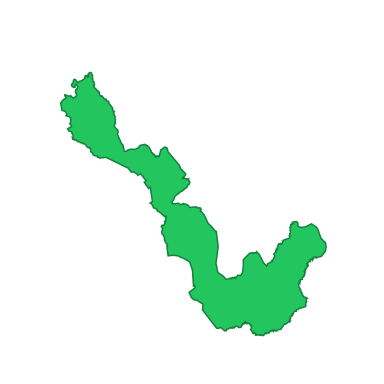 Tatale Sanguli, Northern, Ghana, rotated 139°
{"feature_id": "2480657B76540044095481", "entity_name": "Tatale Sanguli", "entity_type": "district", "adm_level": 2, "iso_a3": "GHA", "parent_name": "Ghana", "parent_adm1": "Northern", "projection": "robinson", "projection_center": [0.423, 9.141], "detail": "fine", "context": "isolated", "style": "filled", "palette": "green", "viewbox_px": 384, "rotation_deg": 139, "n_neighbors": 0, "source": "geoboundaries", "source_scale": "gbopen_adm2", "svg_char_len": 5969}
<svg xmlns="http://www.w3.org/2000/svg" viewBox="0 0 384 384"><g transform="rotate(139 192 192)"><path d="M130.4,59.8L126.9,62.4L124.6,66.0L125.0,72.4L121.4,81.6L121.2,83.8L122.7,89.6L129.2,91.2L133.0,93.8L134.1,95.4L134.2,97.1L132.6,98.9L132.3,100.2L132.7,101.2L135.9,103.3L136.8,102.9L136.5,101.8L137.1,102.3L137.7,101.7L138.8,102.7L140.9,100.6L141.5,100.9L141.9,99.7L143.3,98.7L143.6,97.4L144.9,96.3L145.5,96.5L146.7,95.0L147.2,95.2L148.4,93.2L154.3,95.6L155.5,94.9L155.9,95.4L156.0,94.8L158.1,93.9L158.7,94.9L159.5,94.3L160.1,95.9L161.8,95.7L163.3,94.1L164.0,94.2L164.5,93.3L165.5,93.5L165.3,93.0L166.1,93.1L166.5,92.4L167.2,92.7L167.3,92.0L170.6,91.6L171.1,91.3L171.3,89.4L175.4,87.7L176.8,87.9L176.9,87.0L181.8,88.2L184.3,87.2L184.4,91.8L182.2,100.6L182.5,104.5L183.2,103.8L185.0,105.4L185.5,105.1L186.4,106.2L186.4,106.9L187.6,107.1L188.7,108.0L197.8,107.2L201.9,102.3L206.7,98.1L210.0,96.9L211.9,99.1L214.4,98.6L215.3,99.2L215.7,98.6L215.9,99.6L216.7,99.7L217.2,100.7L218.2,101.1L219.0,100.5L219.7,102.0L222.4,102.7L223.4,103.7L223.8,108.8L225.2,113.8L223.9,117.5L222.8,118.4L220.8,122.4L208.0,133.7L199.6,146.2L200.2,148.1L199.9,152.2L200.4,157.6L197.9,166.6L197.7,170.0L198.2,172.4L196.6,172.6L196.1,174.2L196.4,174.9L197.6,175.5L198.7,178.2L203.7,181.7L203.8,185.3L205.1,187.6L206.2,188.2L206.1,189.0L208.0,189.4L209.2,190.6L209.6,192.5L212.4,194.0L214.4,196.0L214.3,196.6L213.0,198.0L211.5,197.9L207.6,200.0L199.9,199.6L198.4,199.0L196.4,199.5L196.1,199.0L194.6,199.3L193.3,198.7L190.6,199.9L188.7,199.7L187.1,200.9L186.7,203.4L185.9,204.2L187.2,204.5L187.2,205.4L189.6,207.8L188.4,208.3L189.3,208.7L185.6,209.1L184.8,210.0L185.3,216.9L184.1,220.0L183.7,238.1L182.1,241.1L182.3,242.9L183.4,243.9L188.1,244.2L193.3,240.3L193.8,240.5L193.9,241.4L195.0,242.2L195.8,242.0L195.6,242.6L196.3,242.9L195.9,243.3L196.3,244.6L195.7,245.1L196.6,246.5L196.2,247.6L196.7,248.5L195.8,250.1L195.1,254.1L195.7,255.6L195.2,255.8L195.5,257.2L196.1,257.4L196.4,259.0L200.7,261.2L203.6,260.6L207.1,261.5L209.7,264.2L212.6,265.7L215.1,265.8L216.3,267.3L213.3,272.8L213.4,275.0L210.4,284.5L208.2,285.9L207.4,287.5L207.7,292.3L205.6,294.1L204.6,294.0L203.6,296.0L202.3,296.6L202.0,298.1L200.5,299.3L200.6,300.4L199.7,301.7L199.9,302.6L197.8,303.8L198.3,305.3L197.7,306.8L196.9,307.2L196.5,313.1L195.5,315.1L196.6,317.1L196.5,318.0L195.9,318.3L197.2,320.0L196.8,323.2L197.7,323.7L197.4,324.2L198.1,324.8L197.5,327.0L196.4,327.9L197.1,329.3L196.5,330.0L197.2,331.3L196.8,332.4L197.4,335.3L196.6,335.6L196.6,336.5L195.2,336.8L195.3,337.8L193.7,339.1L194.3,340.4L192.6,342.5L192.9,343.0L190.8,344.8L189.8,348.3L190.8,349.3L192.6,349.3L193.4,348.8L193.7,347.3L195.4,347.1L195.6,347.7L194.6,348.4L196.1,349.7L197.3,349.3L198.1,348.1L202.1,348.3L204.4,349.4L205.4,349.2L206.5,349.9L206.2,353.4L207.1,354.3L208.3,354.0L210.4,352.1L212.0,352.4L212.7,351.8L213.3,350.2L212.5,348.4L211.6,347.8L209.2,349.5L208.7,348.9L208.9,347.0L209.8,345.7L212.8,345.2L214.0,344.4L214.8,343.2L214.9,341.6L215.9,340.4L220.2,340.5L220.4,344.4L222.0,344.9L224.1,348.8L224.8,348.2L224.9,346.2L225.6,345.5L228.6,346.1L232.7,345.3L236.6,338.9L234.7,336.1L235.3,332.9L237.1,332.2L235.4,329.7L235.0,327.3L237.9,324.1L239.4,324.0L239.5,321.4L240.0,320.4L244.3,321.4L245.0,318.9L243.3,316.5L244.3,314.7L244.5,312.8L246.2,311.1L246.6,311.7L247.4,310.0L246.7,309.5L246.5,308.0L245.4,307.6L245.3,305.0L244.5,304.7L243.7,302.1L242.5,301.1L242.6,299.7L241.4,299.2L241.5,294.0L240.0,292.3L240.5,291.9L240.2,291.1L242.1,288.7L241.5,287.1L242.3,284.4L240.2,281.3L240.4,280.2L239.4,278.2L234.2,274.6L224.6,252.0L224.8,246.8L222.7,245.1L221.8,242.2L221.9,240.1L218.9,239.5L219.2,230.7L221.7,230.6L222.4,223.1L220.4,222.9L228.0,210.9L230.9,211.1L230.4,210.1L230.6,207.4L231.5,205.4L229.9,202.5L230.7,200.0L230.1,199.4L229.2,196.2L229.2,194.2L228.7,193.8L229.0,192.2L227.4,190.6L228.3,189.7L229.0,190.0L229.3,188.7L230.8,187.7L231.6,187.9L231.7,187.3L232.1,187.7L233.0,186.3L234.9,185.3L235.7,186.1L236.8,185.9L236.8,186.5L237.7,186.3L238.4,183.4L241.2,181.7L242.2,179.6L242.0,177.9L243.0,175.0L243.8,174.6L245.2,171.0L245.1,168.6L246.3,167.8L246.4,166.8L247.2,166.6L251.9,159.5L247.5,156.4L244.0,152.4L243.4,149.8L242.5,148.9L239.6,141.1L242.8,132.9L252.5,120.1L251.3,119.8L252.2,117.8L260.1,118.1L261.7,112.9L261.4,109.7L259.3,106.9L257.3,100.1L261.4,96.2L262.8,73.2L261.2,71.6L259.2,71.0L258.4,65.7L257.6,65.1L256.9,64.9L255.8,65.8L255.0,65.0L251.7,64.3L251.9,63.9L250.8,62.6L249.7,63.1L249.0,62.7L249.2,61.8L247.3,62.1L246.2,61.6L245.7,60.8L245.9,59.4L244.2,57.9L243.2,57.9L242.1,58.8L241.2,58.5L239.9,59.5L239.6,58.6L238.7,58.8L238.8,58.2L238.0,57.8L237.5,59.1L236.7,58.9L237.0,58.3L236.0,56.6L236.6,56.3L234.8,55.2L235.4,53.9L234.6,52.4L235.6,52.0L235.8,50.6L238.1,49.7L237.9,48.4L238.8,45.4L238.3,44.8L237.5,45.1L237.8,44.6L236.8,43.3L237.9,42.5L237.7,41.9L235.5,40.8L235.4,39.9L234.0,39.3L234.2,38.8L233.5,38.7L232.2,36.7L229.3,37.4L228.8,36.4L228.3,37.0L227.1,35.7L226.4,35.7L226.4,35.1L223.7,35.5L222.9,34.5L222.1,35.2L221.3,33.8L221.6,33.3L220.1,33.6L220.1,32.4L219.4,31.7L217.4,31.5L215.1,30.1L208.8,31.7L208.0,30.8L203.9,30.7L203.9,30.0L203.2,29.7L202.4,31.2L201.8,30.8L201.5,32.1L200.3,32.1L200.0,33.4L197.7,32.9L197.1,33.8L196.6,33.2L196.0,34.1L195.6,33.7L194.9,34.3L192.8,34.6L191.5,33.6L190.7,34.5L189.3,33.8L187.7,33.9L182.9,31.5L181.0,31.2L179.2,33.5L177.4,33.9L177.4,35.1L176.1,36.0L174.7,36.1L175.2,37.9L176.5,39.1L176.0,42.5L175.4,43.2L174.9,46.0L174.3,46.4L174.4,47.6L173.6,48.5L173.7,49.6L172.3,52.4L171.2,52.8L170.8,52.1L169.9,54.0L169.4,53.3L168.1,54.7L166.1,53.7L165.4,54.9L162.5,54.9L162.2,55.6L160.7,55.9L160.7,56.5L159.2,57.2L159.6,57.6L159.3,58.5L157.8,58.3L157.2,59.5L156.6,59.1L154.4,59.8L153.5,60.8L153.1,60.2L152.5,62.0L152.2,61.1L151.4,62.4L148.8,62.7L148.3,62.0L147.9,63.4L147.0,63.4L146.5,62.6L145.2,63.0L145.6,61.5L144.6,62.2L143.9,62.0L144.0,62.7L142.1,62.9L141.2,61.9L141.7,61.0L141.3,60.4L140.4,60.5L136.5,58.5L130.4,59.8Z" fill="#22c55e" stroke="#15803d" stroke-width="1.5"/></g></svg>